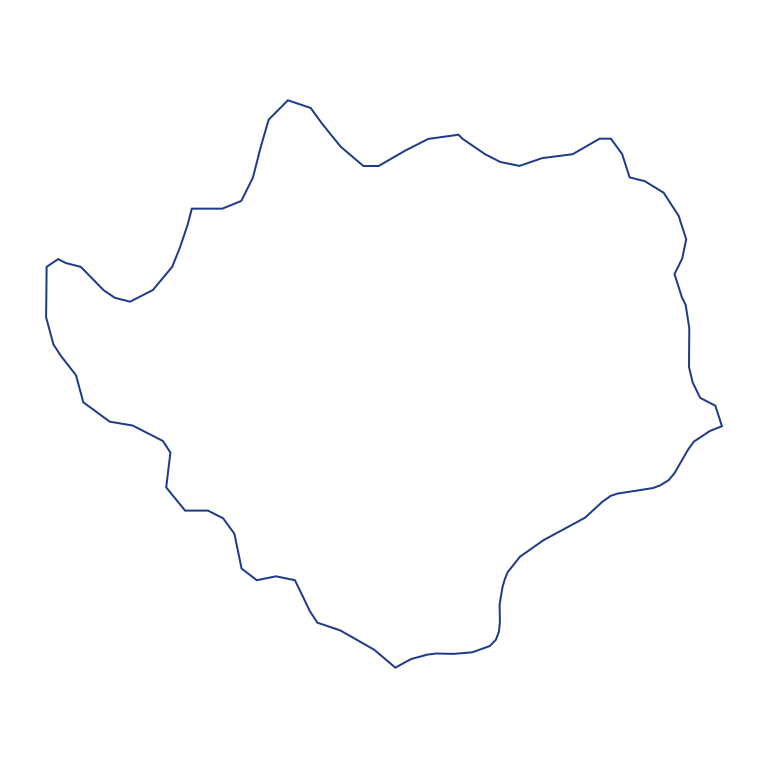 Tongsin, Chagang-do, North Korea
{"feature_id": "82179303B24749722055654", "entity_name": "Tongsin", "entity_type": "district", "adm_level": 2, "iso_a3": "PRK", "parent_name": "North Korea", "parent_adm1": "Chagang-do", "projection": "robinson", "projection_center": [126.481, 40.221], "detail": "fine", "context": "isolated", "style": "outline", "palette": "blue", "viewbox_px": 768, "rotation_deg": 0, "n_neighbors": 0, "source": "geoboundaries", "source_scale": "gbopen_adm2", "svg_char_len": 1423}
<svg xmlns="http://www.w3.org/2000/svg" viewBox="0 0 768 768"><path d="M395.4,667.7L395.9,667.3L411.2,659.0L427.4,654.6L436.5,653.5L453.4,653.9L472.3,652.3L489.8,646.0L496.0,639.6L498.9,631.7L499.9,622.7L499.6,604.5L502.5,587.1L504.8,579.2L507.7,572.1L520.0,556.7L543.4,540.2L585.0,517.7L602.2,501.9L610.6,495.9L617.4,493.6L653.1,488.0L660.3,485.3L668.7,480.1L674.6,473.0L688.2,449.4L694.0,441.5L708.5,431.9L710.3,430.8L721.9,426.2L719.1,417.3L715.3,405.7L700.2,397.9L692.7,382.5L689.0,367.0L689.1,351.5L689.3,328.3L685.7,305.0L681.9,297.3L674.5,274.1L682.2,258.6L686.2,239.3L678.7,216.0L663.7,192.8L644.8,181.2L629.6,177.4L622.2,154.2L610.9,138.7L599.5,138.7L572.7,154.2L542.2,158.1L519.4,165.9L500.4,162.0L485.2,154.3L462.5,138.8L458.5,134.7L428.3,138.9L405.4,150.5L378.6,166.0L363.4,166.0L340.7,146.7L321.9,123.5L310.7,108.0L287.9,100.3L268.7,119.6L260.8,146.7L252.9,177.7L241.3,200.9L222.2,208.7L207.0,208.7L191.8,208.7L187.8,224.2L180.0,247.4L172.2,266.8L152.9,290.0L130.0,301.7L114.8,297.8L103.5,290.1L99.7,286.2L95.9,282.3L80.8,266.9L65.7,263.0L58.1,259.1L46.6,266.9L46.4,290.1L46.1,317.2L53.4,344.3L60.9,355.9L76.0,375.2L83.3,402.3L109.8,421.7L132.6,425.5L162.9,441.0L170.4,452.6L166.2,487.4L185.1,510.6L207.9,510.6L223.1,518.3L234.4,533.8L241.6,568.6L256.8,580.2L275.9,576.3L294.9,580.2L302.4,595.6L309.8,611.1L317.4,622.7L340.2,630.4L374.3,649.8L395.4,667.7Z" fill="none" stroke="#1e3a8a" stroke-width="2"/></svg>